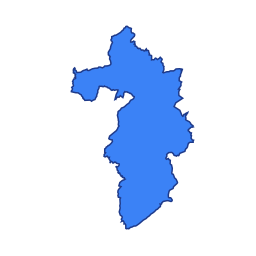 Alausi, Cañar, Ecuador (Equal Earth projection), rotated 37°
{"feature_id": "8360857B82258447900817", "entity_name": "Alausi", "entity_type": "district", "adm_level": 2, "iso_a3": "ECU", "parent_name": "Ecuador", "parent_adm1": "Cañar", "projection": "equal_earth", "projection_center": [-78.792, -2.325], "detail": "fine", "context": "isolated", "style": "filled", "palette": "blue", "viewbox_px": 256, "rotation_deg": 37, "n_neighbors": 0, "source": "geoboundaries", "source_scale": "gbopen_adm2", "svg_char_len": 5808}
<svg xmlns="http://www.w3.org/2000/svg" viewBox="0 0 256 256"><g transform="rotate(37 128 128)"><path d="M97.8,53.9L96.6,54.3L96.2,54.9L96.0,54.4L95.0,53.8L94.8,56.5L94.4,56.8L93.0,56.7L91.8,57.8L89.6,57.2L88.6,58.3L88.0,58.1L87.7,58.5L85.8,57.7L84.9,57.9L84.5,58.3L83.2,56.8L82.6,57.3L82.2,56.1L81.6,55.2L81.4,55.5L80.3,55.1L80.0,56.0L79.6,56.4L79.6,56.9L78.4,57.7L77.4,56.4L77.4,54.2L77.6,53.5L77.6,52.2L77.9,51.2L77.5,49.9L76.8,49.1L74.8,49.1L74.0,49.7L73.4,49.7L72.0,48.6L70.8,46.5L70.0,46.6L68.7,47.3L66.1,47.3L65.4,47.9L65.2,48.3L65.5,48.7L65.4,49.8L64.8,50.5L65.2,52.8L64.8,53.5L64.5,56.2L62.6,61.0L61.5,62.0L61.0,63.4L60.0,64.8L61.1,66.2L61.3,67.8L62.0,68.4L63.1,68.4L64.2,69.2L64.5,71.3L65.3,73.7L66.2,75.2L66.7,79.4L68.3,81.4L69.6,81.3L69.9,81.7L70.8,81.8L71.2,83.1L71.9,84.1L73.3,84.7L75.4,86.5L75.9,87.6L75.8,88.1L75.5,89.2L74.0,91.0L72.1,92.5L72.0,93.9L71.4,95.3L69.1,96.1L68.0,96.9L67.8,98.4L65.8,100.0L63.9,102.2L62.2,105.6L60.9,106.4L59.8,105.7L58.8,107.6L58.1,108.4L57.4,109.7L56.7,111.9L53.8,114.5L52.0,113.4L50.6,113.4L50.0,112.9L49.9,112.3L49.2,112.1L49.0,113.4L49.5,114.8L50.2,115.0L50.6,116.1L51.2,116.8L52.0,116.7L52.3,116.2L53.2,116.9L54.0,116.9L54.2,117.9L55.0,118.3L55.0,119.4L55.5,119.1L56.2,119.6L56.1,120.5L55.2,121.6L55.8,124.3L56.3,124.3L56.8,124.7L57.1,125.6L58.9,126.9L59.1,127.4L58.6,129.4L60.1,130.1L60.5,131.2L60.5,132.6L60.9,133.1L64.8,131.4L67.1,129.9L69.4,129.9L70.6,129.6L71.6,130.3L72.9,130.4L73.9,131.3L74.3,131.1L75.0,131.6L75.7,131.4L76.9,131.9L80.6,128.8L81.7,128.4L82.7,128.6L83.7,126.1L84.4,125.4L84.4,124.6L84.0,123.4L83.9,121.3L83.3,120.7L82.7,118.9L82.6,118.0L81.2,116.1L81.0,114.3L80.5,113.0L80.1,112.5L80.0,112.0L80.5,111.5L81.6,110.9L82.0,110.3L83.0,110.2L83.6,109.7L83.9,108.7L84.4,108.8L86.6,107.8L87.2,108.1L89.4,107.4L91.1,107.8L92.5,107.6L92.8,107.2L92.8,106.7L93.4,106.1L94.3,106.2L96.0,104.3L97.2,103.7L97.8,105.1L98.4,108.3L100.3,112.8L100.4,112.4L101.0,112.4L100.8,111.4L100.9,109.7L102.4,108.7L102.4,106.8L105.6,106.8L104.6,104.0L103.7,103.0L103.6,100.8L104.3,100.8L105.4,99.7L106.4,99.7L107.1,99.3L108.7,99.2L109.2,98.7L110.0,98.9L110.8,98.8L112.3,99.5L114.1,99.2L114.6,100.2L114.7,101.4L114.4,102.4L113.4,104.4L113.8,107.5L113.0,109.8L112.4,113.1L111.9,114.3L110.8,116.0L110.9,118.5L110.3,120.3L110.3,121.1L111.3,122.6L111.8,124.1L114.8,126.7L115.9,128.0L116.5,128.2L118.4,131.4L119.6,131.8L119.7,133.6L120.1,134.9L120.3,137.0L118.2,145.6L118.7,146.7L118.9,147.8L119.7,148.2L121.6,147.6L122.4,147.0L123.7,148.1L123.8,150.0L123.4,152.9L122.6,154.1L122.8,154.8L122.1,156.4L122.4,157.6L122.0,158.7L124.1,161.5L125.0,161.3L124.9,163.5L125.4,164.0L125.8,165.0L127.1,164.9L128.3,163.0L130.1,163.5L130.8,162.7L131.3,164.0L133.6,164.9L134.4,166.0L134.4,166.9L134.7,166.3L134.5,165.0L134.6,164.8L135.9,164.6L137.0,165.1L137.4,164.8L137.8,163.3L138.2,163.3L138.7,162.7L140.0,163.1L142.5,162.0L143.2,162.7L143.4,164.3L143.2,164.9L141.9,165.8L141.8,166.2L143.3,166.6L144.7,168.1L145.9,168.1L146.6,169.0L146.6,169.4L147.5,169.8L148.2,169.1L148.4,169.5L149.2,169.4L149.8,170.0L150.7,170.0L151.1,170.5L152.0,169.9L152.2,170.3L152.6,170.0L153.3,170.8L154.0,170.3L154.8,170.4L155.1,170.0L156.0,170.8L156.4,170.7L155.9,172.1L155.4,172.6L154.9,173.8L154.3,176.4L155.5,179.7L157.7,179.0L157.5,182.9L157.8,184.2L158.7,185.6L159.9,186.2L160.6,188.0L162.0,189.1L163.2,188.4L164.2,188.4L164.3,189.6L167.4,193.2L168.3,195.1L169.9,196.6L171.5,200.3L174.4,202.3L175.8,202.1L177.0,202.6L177.5,203.7L177.5,204.8L179.0,205.5L179.1,206.5L180.0,205.1L180.5,205.1L181.9,205.9L182.5,207.0L183.3,206.3L184.6,206.8L186.7,209.5L187.4,209.4L188.8,208.0L189.3,208.0L189.8,205.8L190.8,204.7L191.7,202.8L193.0,201.7L193.5,200.8L194.6,197.3L195.7,192.2L197.0,189.3L197.1,187.7L197.9,185.4L198.2,182.5L198.8,181.3L199.5,178.8L199.7,176.3L200.4,175.1L200.7,172.3L201.1,171.7L201.0,171.0L200.7,170.4L199.5,169.4L200.1,169.2L200.5,168.6L200.4,168.0L200.0,167.4L200.4,165.4L203.0,162.4L204.4,161.6L206.6,160.8L207.0,160.0L206.9,159.3L206.5,158.8L204.6,158.1L204.0,158.1L202.8,159.0L201.9,158.9L200.4,157.1L199.2,154.6L198.8,153.4L198.9,152.2L200.4,149.2L199.7,147.4L200.5,143.0L200.5,142.1L200.2,141.6L197.3,140.0L195.2,139.8L192.1,137.8L191.6,137.8L191.1,138.1L190.4,137.9L189.8,137.3L189.2,136.0L187.6,133.5L185.0,131.3L184.2,131.5L183.1,131.1L181.2,128.3L179.8,128.6L178.6,128.1L177.6,129.8L177.2,129.8L176.3,129.3L176.0,127.1L174.8,125.8L175.3,123.2L177.4,121.3L178.1,121.1L179.8,121.3L180.8,122.0L182.3,121.8L182.7,121.4L183.6,121.3L184.0,120.0L185.1,119.6L185.1,119.0L184.7,117.7L184.7,116.9L187.5,112.4L187.0,111.3L186.7,109.8L187.0,108.9L186.9,107.4L185.9,105.2L185.5,103.8L186.1,102.1L188.6,100.2L188.0,99.5L187.7,98.3L186.5,98.9L184.4,98.1L183.3,95.9L182.5,95.9L181.6,93.8L180.0,94.5L179.2,93.8L177.8,94.0L177.3,93.4L177.2,93.1L177.9,89.7L178.2,89.0L179.0,88.5L179.4,87.9L179.0,87.9L178.5,87.0L176.2,87.2L175.3,86.6L173.3,86.1L169.8,86.7L169.0,86.6L168.4,85.3L167.1,84.3L166.6,83.4L166.8,82.2L166.4,81.1L166.6,80.2L166.4,79.7L166.2,80.3L165.6,80.9L165.7,81.9L165.3,82.0L165.3,82.7L164.6,83.2L164.5,83.8L164.9,85.0L164.7,85.7L163.5,85.5L158.8,82.7L151.9,83.2L151.0,79.1L153.8,71.3L149.1,71.4L146.8,68.7L146.3,67.0L146.2,66.0L144.9,66.6L144.8,62.3L143.3,60.4L143.2,59.0L140.4,59.4L138.8,57.2L138.6,56.2L138.7,55.0L137.8,53.9L136.9,50.6L136.4,50.5L136.4,48.9L136.1,48.4L135.6,48.6L135.6,48.9L135.1,48.9L135.1,49.2L134.9,49.0L133.7,49.5L130.8,52.0L130.4,54.1L129.9,55.1L127.7,56.7L127.2,57.3L127.0,58.2L125.1,59.8L123.2,62.5L122.4,62.7L121.5,59.7L120.9,58.9L120.3,58.5L119.7,57.2L118.6,57.1L117.8,56.5L117.5,55.8L116.7,55.3L116.0,55.6L114.6,55.3L113.9,52.5L111.2,52.1L111.1,53.5L110.3,55.6L108.1,55.5L107.7,56.1L107.8,57.1L107.6,58.0L106.2,58.8L105.8,59.4L103.5,56.2L102.6,56.1L100.9,56.9L100.3,55.6L99.1,55.1L97.8,53.9Z" fill="#3b82f6" stroke="#1e3a8a" stroke-width="1.5"/></g></svg>